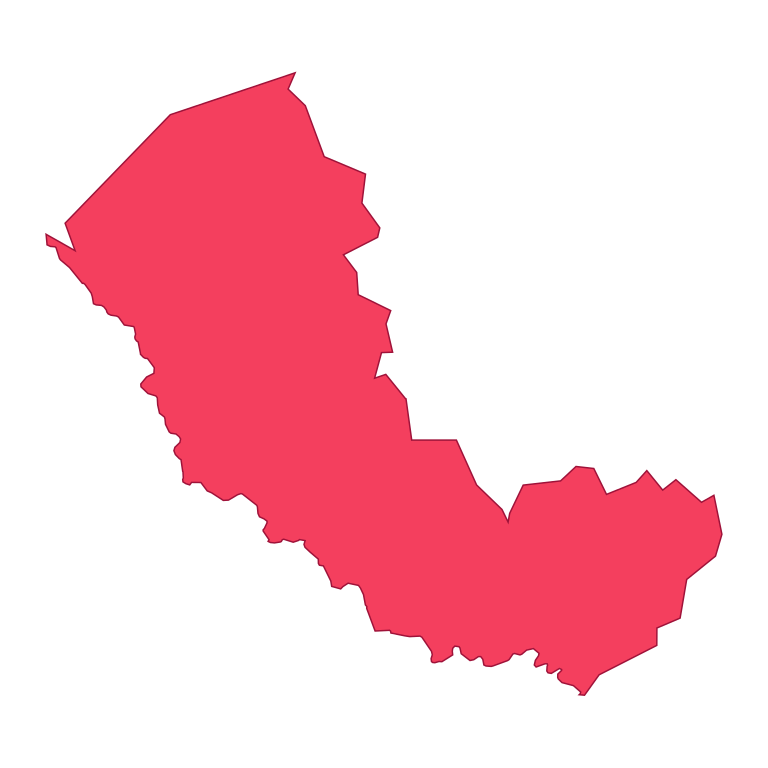 outline of Mingo, West Virginia, United States of America
{"feature_id": "52423323B3909693217248", "entity_name": "Mingo", "entity_type": "district", "adm_level": 2, "iso_a3": "USA", "parent_name": "United States of America", "parent_adm1": "West Virginia", "projection": "natural_earth1", "projection_center": [-82.154, 37.743], "detail": "fine", "context": "isolated", "style": "filled", "palette": "rose", "viewbox_px": 768, "rotation_deg": 0, "n_neighbors": 0, "source": "geoboundaries", "source_scale": "gbopen_adm2", "svg_char_len": 2908}
<svg xmlns="http://www.w3.org/2000/svg" viewBox="0 0 768 768"><path d="M656.8,645.4L656.9,628.0L680.1,618.1L686.7,579.4L715.5,556.1L721.9,534.3L713.9,495.3L701.5,502.3L675.9,479.7L662.7,490.1L646.8,470.6L636.2,482.4L606.5,494.4L593.8,468.5L576.0,466.5L560.6,480.9L523.2,485.1L509.7,513.3L508.1,522.1L502.0,509.5L476.6,485.0L456.4,440.1L411.7,440.1L406.0,398.8L405.5,398.7L385.8,374.4L374.6,378.2L381.5,352.6L392.6,352.2L386.0,323.9L390.7,310.6L358.2,294.7L356.7,272.5L343.4,254.8L377.6,237.3L379.8,227.9L361.9,203.1L365.5,174.1L324.2,156.7L305.3,105.7L288.1,89.1L295.1,72.8L170.9,114.5L170.3,114.7L65.1,223.2L75.1,250.7L46.1,234.3L47.0,243.9L47.0,244.8L50.4,246.4L55.0,246.8L56.0,247.5L59.5,258.5L60.6,260.0L69.5,267.5L82.3,283.3L83.6,283.3L85.0,284.4L91.2,293.1L92.3,296.6L93.5,303.7L96.2,304.9L101.5,305.4L103.9,306.9L106.3,310.0L106.9,312.1L108.2,313.9L111.0,315.2L116.5,316.0L118.5,317.0L124.3,325.0L133.4,326.5L134.2,327.2L135.6,334.1L134.8,337.0L135.1,338.9L136.5,340.9L138.2,342.0L140.4,353.1L140.5,354.3L143.4,357.3L145.2,358.3L147.5,358.5L154.3,367.7L153.9,373.3L146.6,377.0L140.8,384.0L141.0,386.8L141.3,387.1L148.0,393.5L155.8,395.9L156.6,396.8L157.3,397.8L157.7,404.9L159.5,413.2L164.4,417.0L165.0,418.9L165.5,424.3L169.2,431.9L170.9,433.2L176.0,434.0L179.1,436.6L180.6,439.0L179.9,442.5L174.9,447.3L173.9,450.7L175.4,454.6L179.4,458.7L181.0,459.6L181.2,460.8L182.7,471.4L183.0,471.8L183.3,478.0L182.7,479.5L183.0,481.9L185.9,483.7L189.7,484.9L191.6,482.4L200.9,482.5L207.2,490.9L211.6,492.8L223.3,500.4L228.5,500.1L237.6,494.7L240.9,493.6L242.4,494.0L256.8,505.3L257.4,506.8L258.0,513.5L259.5,516.8L264.1,518.9L267.0,521.1L267.0,522.9L264.4,528.4L263.1,529.9L263.2,531.1L269.0,539.6L268.1,541.4L270.4,542.5L274.5,542.9L280.3,542.0L281.3,541.5L282.3,539.7L283.7,539.2L293.2,542.2L298.7,540.4L299.4,539.6L300.2,539.7L305.1,540.6L304.0,544.4L305.0,547.3L310.2,552.2L318.3,559.1L318.4,563.4L319.4,565.2L323.4,565.9L330.8,581.0L331.7,586.4L340.7,588.9L342.9,586.6L348.1,583.2L358.5,585.4L360.4,588.0L363.5,594.6L365.4,604.9L366.8,606.5L366.7,608.4L375.1,631.0L389.6,630.3L390.6,631.2L390.9,633.0L404.7,635.8L409.7,636.6L420.0,636.1L421.9,637.2L431.5,651.3L432.3,654.8L431.1,658.7L431.5,661.6L432.7,662.5L434.9,662.7L439.0,661.5L441.9,661.7L452.7,654.9L452.3,651.3L452.7,648.3L454.8,646.1L459.0,646.7L460.0,648.1L461.2,653.7L470.0,660.5L473.8,659.7L478.4,656.6L480.7,656.6L482.8,659.3L483.9,665.0L486.0,666.0L491.2,666.4L493.1,665.9L507.6,660.6L509.1,659.6L512.9,654.0L514.6,653.5L520.0,654.9L521.8,654.2L526.6,650.1L533.4,648.6L539.0,653.3L538.5,655.8L535.4,660.3L534.3,665.0L536.1,667.0L545.0,663.8L547.2,663.8L547.6,665.1L547.1,666.5L546.8,671.0L548.0,672.8L551.3,673.4L559.4,668.5L561.6,669.5L561.6,670.4L557.8,674.1L557.7,677.4L558.3,679.0L562.0,682.6L573.4,685.6L580.7,692.0L580.3,693.6L579.2,694.7L584.5,695.2L599.1,674.8L656.8,645.4Z" fill="#f43f5e" stroke="#9f1239" stroke-width="1.5"/></svg>